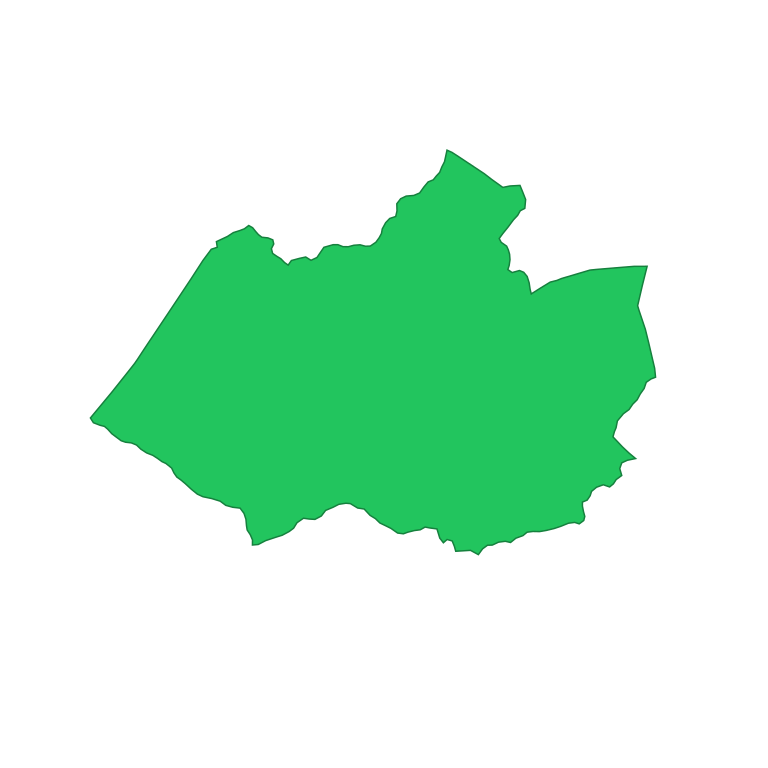 outline of Castro Alves, Bahia, Brazil, rotated 250°
{"feature_id": "56859067B5706793747944", "entity_name": "Castro Alves", "entity_type": "district", "adm_level": 2, "iso_a3": "BRA", "parent_name": "Brazil", "parent_adm1": "Bahia", "projection": "robinson", "projection_center": [-39.366, -12.724], "detail": "fine", "context": "isolated", "style": "filled", "palette": "green", "viewbox_px": 768, "rotation_deg": 250, "n_neighbors": 0, "source": "geoboundaries", "source_scale": "gbopen_adm2", "svg_char_len": 3096}
<svg xmlns="http://www.w3.org/2000/svg" viewBox="0 0 768 768"><g transform="rotate(250 384 384)"><path d="M452.5,96.5L447.0,97.7L442.3,103.1L439.8,106.8L436.1,108.9L430.4,111.2L425.3,114.5L420.6,117.6L417.7,121.2L415.1,126.4L411.3,130.6L405.8,133.3L400.4,137.4L396.1,142.3L391.5,145.8L387.0,148.8L383.9,151.9L377.6,155.7L372.3,156.2L367.4,157.5L363.8,160.0L358.5,163.1L351.1,166.9L344.4,170.9L340.0,175.3L335.3,182.9L329.9,190.0L324.1,193.8L319.9,199.7L316.6,206.3L310.3,208.2L304.1,208.0L297.8,206.3L293.6,205.5L288.1,206.8L282.4,207.1L277.7,205.3L276.2,210.9L277.3,219.2L277.0,230.2L276.7,236.6L277.8,244.4L279.4,249.7L283.4,254.8L285.4,262.4L282.7,267.5L280.4,272.8L281.4,280.0L285.2,285.9L285.6,294.0L286.4,300.4L285.0,307.4L283.1,311.5L276.5,316.8L273.3,322.6L265.3,326.0L260.4,329.9L254.8,332.6L250.4,336.9L246.0,341.1L239.3,345.8L236.6,351.0L236.6,355.7L235.9,362.4L234.6,368.2L235.5,373.7L233.0,377.9L229.7,384.2L220.1,383.7L214.5,385.5L216.3,390.1L213.2,394.4L207.4,394.6L202.3,394.2L199.9,402.3L198.1,408.4L194.7,411.4L191.4,414.3L195.4,420.3L197.1,426.1L195.6,430.7L196.2,437.5L194.7,444.2L191.8,448.7L194.0,455.2L194.0,462.7L195.8,467.8L194.5,473.5L192.1,479.7L190.9,486.4L190.0,494.5L189.8,501.4L190.1,509.7L188.7,515.9L185.8,519.6L187.4,525.0L190.9,527.4L195.8,527.8L201.4,528.7L205.2,530.1L205.4,535.2L208.5,539.5L212.1,542.3L214.3,548.4L214.3,555.6L210.1,560.8L211.7,565.4L214.8,569.5L216.7,576.1L223.9,576.6L228.6,580.5L229.1,586.6L227.9,594.9L235.7,590.4L243.5,586.5L256.0,581.1L260.4,584.2L263.5,587.1L269.5,590.7L274.2,598.8L276.2,605.6L279.9,610.7L282.6,616.5L287.0,621.4L290.8,626.9L295.9,631.0L297.4,636.6L297.5,641.5L306.2,643.7L310.4,644.2L332.0,646.8L346.0,648.3L365.6,648.8L370.8,649.1L388.0,660.3L404.6,671.5L409.0,659.3L411.9,648.8L419.0,622.8L420.6,616.5L422.4,587.0L422.2,581.9L422.9,575.1L420.7,564.2L418.3,553.2L423.1,553.7L429.4,555.0L436.1,555.3L441.2,553.5L444.3,550.1L444.9,542.5L449.2,539.5L452.5,542.1L457.7,544.9L463.0,546.4L467.4,546.7L471.6,546.4L477.0,542.6L481.3,542.0L484.6,546.9L489.0,554.2L494.0,561.8L496.7,567.2L500.2,571.3L500.9,576.4L508.9,580.2L517.0,580.0L524.1,579.7L527.0,570.1L528.1,562.9L539.2,555.3L547.4,550.1L552.4,546.4L557.0,543.0L571.1,532.6L578.4,527.1L582.2,523.2L572.2,516.9L568.1,512.5L563.8,508.7L561.5,504.2L559.0,500.1L558.8,494.6L555.5,488.9L551.3,482.8L551.0,476.5L553.0,469.1L552.4,463.0L549.0,457.7L542.2,455.4L537.4,452.3L537.6,446.0L535.0,440.7L530.3,435.4L526.3,433.1L523.1,429.5L520.0,424.9L518.3,418.3L519.8,413.7L523.0,409.1L524.7,403.1L525.2,397.4L527.1,392.4L530.7,388.3L532.3,383.8L533.0,374.3L529.0,368.7L525.8,364.3L525.2,357.7L530.1,353.9L531.0,347.4L531.7,339.2L528.5,334.6L532.1,332.1L537.0,329.9L540.6,327.0L544.8,324.0L549.7,324.5L553.3,328.3L557.5,328.8L561.0,324.9L563.7,319.4L567.3,317.1L571.1,315.6L575.8,314.0L579.2,311.1L577.6,305.9L577.5,301.1L577.8,294.2L576.2,287.4L575.1,275.2L569.5,274.1L569.7,267.8L562.0,256.1L549.0,238.9L533.0,217.2L508.2,183.4L504.5,178.3L498.9,170.7L491.3,160.5L488.6,156.7L483.7,148.8L469.2,125.1L452.5,96.5Z" fill="#22c55e" stroke="#15803d" stroke-width="1.5"/></g></svg>